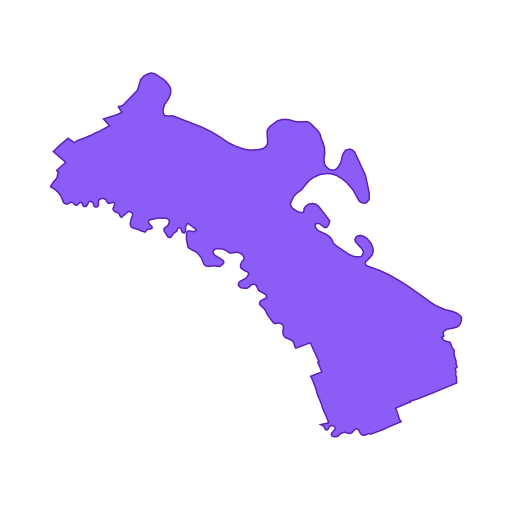 outline of Grozesti, Iasi, Romania, rotated 5°
{"feature_id": "2599482B13822693559247", "entity_name": "Grozesti", "entity_type": "district", "adm_level": 2, "iso_a3": "ROU", "parent_name": "Romania", "parent_adm1": "Iasi", "projection": "robinson", "projection_center": [28.02, 46.999], "detail": "fine", "context": "isolated", "style": "filled", "palette": "violet", "viewbox_px": 512, "rotation_deg": 5, "n_neighbors": 0, "source": "geoboundaries", "source_scale": "gbopen_adm2", "svg_char_len": 6097}
<svg xmlns="http://www.w3.org/2000/svg" viewBox="0 0 512 512"><g transform="rotate(5 256 256)"><path d="M450.1,319.3L449.1,315.9L449.9,314.5L452.2,312.4L458.8,310.6L462.9,309.0L465.1,306.4L466.3,302.4L466.0,299.2L464.0,297.2L460.3,295.2L456.2,294.0L448.8,292.9L439.3,289.7L433.4,286.6L424.7,281.3L411.4,273.6L401.8,268.5L391.2,263.6L381.5,259.9L366.8,256.0L365.8,254.5L365.4,252.9L366.0,251.7L367.3,250.6L369.4,247.9L371.6,244.7L372.2,242.1L372.2,239.4L371.3,236.8L369.2,233.1L365.2,229.0L362.2,227.2L358.7,226.4L356.1,226.8L354.1,228.2L353.1,231.1L354.1,233.5L361.0,239.7L362.7,242.5L362.1,245.6L360.9,247.4L357.5,248.0L353.2,247.9L348.0,246.1L335.2,238.9L333.2,237.6L331.6,235.9L329.9,232.7L327.5,230.2L324.9,228.7L316.7,225.7L314.3,224.3L312.2,220.9L312.2,219.4L313.5,218.4L316.5,218.2L321.8,221.7L323.9,221.4L325.8,218.1L326.4,214.5L314.1,201.1L311.1,199.2L307.9,198.7L304.2,199.6L301.5,201.7L299.8,204.4L299.7,207.5L298.5,208.8L295.3,208.7L291.6,207.2L287.6,204.8L285.8,201.7L286.4,198.2L288.5,193.2L291.2,189.8L295.9,185.7L298.8,181.1L302.7,175.9L306.3,172.8L312.5,169.3L318.7,167.8L323.4,167.5L329.2,168.7L334.7,171.4L339.8,174.8L346.8,181.6L354.2,192.5L357.1,193.8L360.0,193.9L361.4,193.2L363.9,189.8L363.3,183.3L358.0,166.1L345.2,143.8L342.7,142.0L340.0,141.3L336.0,142.8L334.2,145.8L333.0,150.2L332.4,155.7L329.8,160.7L327.9,162.8L325.0,163.9L321.2,163.2L317.7,160.5L315.9,157.6L315.2,153.4L315.6,147.9L314.7,142.0L313.1,137.9L310.6,133.0L309.2,129.0L306.7,125.9L299.7,120.0L297.1,118.2L294.8,117.8L285.8,118.8L282.0,118.4L278.0,117.5L273.8,117.3L269.7,117.8L265.3,119.7L258.5,125.8L256.3,129.6L256.3,132.5L257.5,139.9L257.7,142.8L256.5,145.9L253.2,148.7L247.9,150.0L241.2,151.0L235.3,150.7L226.0,148.4L218.0,145.3L209.9,140.7L200.6,136.1L191.2,132.5L160.9,123.6L156.7,124.2L152.9,124.1L151.2,122.0L150.7,118.9L151.1,115.9L151.8,112.9L155.2,106.9L156.8,101.6L156.5,97.6L155.7,95.3L152.5,91.4L149.1,88.6L139.5,83.3L135.6,82.8L132.3,84.0L128.6,86.5L125.7,90.5L123.6,100.8L122.6,102.3L110.3,117.5L108.2,118.6L106.4,118.8L106.0,119.8L109.9,124.5L105.1,127.4L92.1,132.7L98.8,139.0L87.5,146.5L87.3,146.4L84.0,148.1L83.7,148.6L80.4,150.7L79.7,150.7L75.3,153.2L68.0,156.5L66.7,157.9L65.1,158.8L58.5,155.1L50.9,162.7L45.0,169.6L58.3,179.3L50.0,188.1L50.0,188.5L52.4,190.2L51.2,191.6L51.2,194.2L50.8,195.5L49.0,198.4L48.0,199.4L45.2,204.9L49.9,207.1L53.9,210.3L56.5,213.3L59.1,218.7L60.4,220.2L62.1,220.8L63.0,220.7L64.0,220.5L66.1,218.9L68.2,218.5L69.6,219.2L71.2,220.9L72.3,221.1L73.7,220.7L75.6,218.3L77.0,217.8L78.0,218.2L79.3,220.9L79.9,221.4L81.2,221.8L82.5,221.2L83.1,220.6L84.7,216.9L85.8,216.1L86.9,216.0L88.9,217.0L90.1,220.0L90.7,220.7L91.7,221.2L92.6,221.2L93.9,220.6L94.4,219.9L94.6,218.9L94.4,216.7L94.4,214.5L95.0,213.3L96.9,212.3L99.1,212.0L100.0,212.2L101.7,213.3L102.6,214.9L103.4,215.8L104.2,216.3L105.4,216.4L108.3,215.1L109.5,215.1L110.4,215.7L110.7,216.3L110.7,217.0L110.5,218.0L109.4,221.2L109.6,222.1L110.1,222.9L111.6,224.2L114.0,224.8L115.9,225.8L116.9,227.9L118.5,229.3L123.6,224.0L125.5,222.7L126.6,222.8L128.3,223.7L128.9,224.2L129.4,225.2L129.5,226.1L129.2,227.5L128.5,229.6L127.9,233.6L128.0,235.9L129.4,238.1L131.1,238.8L136.7,240.0L140.1,241.2L143.7,241.8L144.2,240.3L145.6,239.0L146.9,238.5L148.8,238.3L150.1,237.2L150.0,236.2L149.6,235.6L147.2,233.6L145.9,231.5L145.9,230.6L146.7,229.4L154.9,226.8L163.5,226.2L165.8,227.3L166.3,228.1L166.6,229.1L166.6,230.1L165.8,232.7L165.1,233.9L162.7,235.7L162.1,236.6L162.0,237.7L162.8,239.7L166.8,244.9L169.3,245.1L171.9,240.7L174.7,238.4L175.3,237.2L175.4,235.5L176.1,234.7L177.2,234.5L178.7,235.3L179.2,236.1L179.9,238.1L180.4,238.7L182.4,239.4L183.1,238.6L183.7,237.5L183.4,233.4L183.6,231.8L184.8,230.0L185.5,229.5L194.2,234.8L193.6,236.1L192.4,236.9L191.2,237.2L187.2,236.8L186.0,237.1L185.4,237.8L184.9,239.0L185.1,244.9L187.6,253.5L192.2,255.8L194.4,256.4L197.5,258.2L201.8,262.7L204.6,268.4L206.4,270.0L207.7,270.4L210.2,270.4L215.0,269.5L220.9,269.6L224.1,266.5L224.5,265.5L224.5,264.7L223.6,263.4L220.9,261.8L214.7,258.8L213.0,256.6L213.0,254.5L214.1,253.2L215.7,252.2L221.1,251.9L222.9,252.1L225.7,253.1L228.0,254.6L229.6,255.2L230.8,255.3L236.5,253.9L237.6,254.0L240.3,254.7L243.1,256.5L244.4,259.3L244.1,260.4L242.4,263.0L241.7,265.0L241.4,266.6L241.5,268.3L242.2,269.4L245.7,271.6L248.6,272.4L250.3,273.8L250.1,275.0L248.8,277.8L247.3,279.5L242.3,282.6L241.4,283.7L240.9,285.3L241.0,286.6L241.9,287.8L243.3,288.7L244.8,289.1L249.6,289.0L251.3,288.0L253.4,285.5L254.6,284.7L256.5,284.3L258.0,284.5L259.6,286.6L261.1,289.3L262.4,290.6L267.6,292.8L269.3,293.8L270.1,295.0L270.1,296.4L269.1,297.5L265.7,299.4L264.6,300.4L263.8,301.5L263.6,302.6L263.9,303.9L265.1,305.2L269.0,308.0L270.3,309.8L272.8,313.9L279.0,320.9L280.2,321.6L281.3,321.6L284.4,320.7L287.1,321.3L288.4,322.1L289.5,323.8L289.7,325.4L289.2,328.0L289.9,331.9L291.7,334.2L293.0,335.0L295.8,335.7L299.8,337.5L300.9,338.7L302.9,343.4L303.6,344.3L317.2,337.9L317.8,337.9L327.6,355.1L327.9,355.7L326.8,356.4L331.6,365.5L331.5,365.9L321.0,371.0L321.2,371.6L322.5,373.4L324.2,376.7L328.2,385.2L328.1,385.8L329.9,389.9L331.1,391.9L334.1,397.9L335.4,401.4L339.5,408.7L343.0,415.8L335.1,418.3L337.5,419.3L338.8,420.2L340.2,422.8L341.2,423.2L342.3,423.0L342.8,422.5L344.0,419.6L345.0,418.8L346.7,418.3L347.4,418.3L348.9,419.0L349.9,420.2L350.0,421.5L346.7,426.1L346.6,427.4L347.5,428.8L349.6,429.2L350.9,429.2L353.1,428.5L355.9,425.5L357.6,424.5L359.1,424.0L359.9,423.9L364.1,424.7L365.5,424.6L366.8,423.7L368.0,422.5L369.7,420.0L371.0,419.4L371.9,419.5L373.5,420.5L375.2,423.3L376.7,424.6L377.4,425.0L379.3,425.2L380.4,424.9L383.2,423.3L385.1,423.2L385.8,423.5L399.2,417.1L399.8,416.4L415.0,408.4L413.9,407.2L413.0,405.8L409.6,397.7L408.2,395.5L417.1,390.7L422.5,388.0L422.1,387.4L429.8,384.1L442.0,378.0L466.9,365.0L467.0,364.3L466.5,362.2L466.3,359.5L465.2,356.6L465.3,353.4L464.0,351.0L464.2,350.5L465.0,350.2L466.1,348.9L464.8,346.5L464.4,343.0L462.9,339.6L462.1,337.1L461.7,334.9L461.8,333.0L459.3,330.0L457.1,325.3L456.2,324.9L450.9,324.0L450.0,323.4L448.9,321.3L448.1,320.8L450.1,319.3Z" fill="#8b5cf6" stroke="#5b21b6" stroke-width="1.5"/></g></svg>